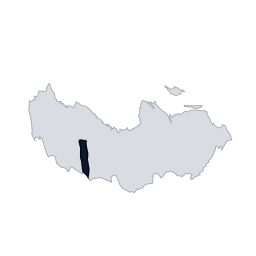 location of Sorsele, Västerbotten, Sweden, rotated 245°
{"feature_id": "70781695B2170511041252", "entity_name": "Sorsele", "entity_type": "district", "adm_level": 2, "iso_a3": "SWE", "parent_name": "Sweden", "parent_adm1": "Västerbotten", "projection": "equal_earth", "projection_center": [16.78, 65.694], "detail": "fine", "context": "in_parent", "style": "filled", "palette": "ink", "viewbox_px": 256, "rotation_deg": 245, "n_neighbors": 0, "source": "geoboundaries", "source_scale": "gbopen_adm2", "svg_char_len": 4967}
<svg xmlns="http://www.w3.org/2000/svg" viewBox="0 0 256 256"><g transform="rotate(245 128 128)"><path d="M57.1,164.0L58.0,165.8L60.1,165.6L61.0,164.3L62.1,160.5L60.9,156.2L62.8,154.8L64.0,152.4L66.8,151.8L70.6,149.1L71.1,146.3L72.0,144.3L69.0,138.3L68.8,136.8L73.6,136.0L75.8,132.1L72.6,129.5L67.6,127.1L69.6,119.7L67.6,115.6L68.0,113.9L67.7,111.4L69.0,110.3L66.7,106.5L69.2,104.0L68.9,102.6L76.0,97.5L80.6,96.6L89.1,97.3L91.2,95.3L91.3,94.2L90.5,91.7L85.8,90.2L91.1,85.7L95.2,81.3L96.1,77.1L97.1,75.3L96.2,71.3L101.6,70.9L106.5,69.2L105.9,67.0L116.6,60.4L116.9,59.2L116.1,58.1L113.6,56.1L114.3,55.2L117.2,54.7L118.6,53.8L120.7,50.8L126.5,48.4L132.9,50.0L135.6,47.3L135.4,43.7L137.7,43.3L154.8,45.6L157.6,44.2L154.7,43.5L157.5,42.1L158.4,41.2L158.6,40.2L158.5,39.6L156.1,38.3L161.5,38.1L164.4,38.7L164.7,39.5L176.4,43.8L185.6,45.5L188.3,46.7L189.3,48.1L190.8,48.1L192.5,49.4L194.3,50.1L192.9,51.0L193.1,53.0L193.6,54.0L192.7,55.7L195.8,56.2L196.3,57.2L194.8,58.3L195.0,59.5L199.1,63.3L198.1,64.5L197.9,66.0L196.2,67.1L196.0,68.3L196.4,69.8L197.0,70.6L198.7,71.1L201.7,75.2L198.8,75.5L196.6,74.9L191.5,75.4L190.2,76.0L186.2,74.4L184.0,75.3L182.4,74.5L181.2,75.9L181.0,77.7L179.1,77.5L179.8,78.3L177.3,78.5L177.1,78.8L177.7,79.3L176.9,79.8L173.5,80.0L173.0,80.6L174.1,81.3L174.0,81.8L171.8,81.1L173.4,82.5L173.7,83.5L169.1,87.4L170.7,88.4L172.1,90.7L173.5,91.7L172.9,92.7L168.1,95.3L165.3,99.2L159.2,101.8L155.9,102.5L153.8,104.3L151.3,103.8L151.3,104.8L149.7,104.2L148.4,105.8L146.1,107.2L143.7,107.0L143.4,107.2L144.1,107.6L141.3,108.0L140.5,109.5L138.4,109.9L138.0,110.4L140.2,110.5L139.7,111.7L137.3,112.3L136.4,113.0L135.3,113.0L135.6,112.4L133.9,112.5L133.4,111.8L133.1,112.0L134.2,113.9L133.4,114.7L135.0,115.5L130.5,117.5L127.8,116.7L127.5,117.3L128.1,119.0L130.4,120.3L129.0,121.2L127.5,125.2L128.5,127.6L125.4,127.1L125.7,128.0L124.7,129.1L125.1,130.7L124.8,131.7L125.5,132.6L125.1,133.1L125.6,137.5L126.4,139.4L126.1,140.9L127.4,141.7L130.1,141.9L130.9,143.2L134.3,142.4L136.7,144.9L141.4,147.1L141.1,148.4L144.1,149.5L145.8,151.4L146.5,152.9L146.3,153.9L141.7,156.6L138.2,158.4L134.6,159.5L134.8,159.9L136.6,160.1L141.0,158.8L142.2,159.9L139.9,160.5L139.4,162.0L138.4,163.0L128.6,166.5L127.4,167.7L123.0,169.4L115.2,169.3L114.0,169.7L120.8,170.4L122.4,171.7L119.1,172.6L120.5,175.7L119.7,176.5L119.7,180.0L118.5,180.1L118.0,181.5L118.6,185.0L119.1,186.0L118.9,187.1L117.0,189.5L117.6,192.3L115.5,197.6L113.1,200.7L111.2,204.8L109.1,206.3L106.7,205.3L103.1,205.9L96.5,205.7L95.6,206.1L96.1,207.6L93.7,207.4L89.5,210.6L89.3,212.2L91.0,215.2L88.9,217.1L84.4,216.7L78.5,217.9L73.2,216.9L73.9,215.9L74.4,211.9L68.6,203.8L71.4,204.6L72.5,204.2L70.9,201.6L73.3,201.4L74.1,200.5L73.7,199.0L71.7,198.3L70.0,195.9L68.3,194.7L65.2,190.0L64.1,186.8L63.0,187.1L62.2,183.4L60.5,182.9L60.2,179.2L58.4,178.8L57.3,177.1L57.2,173.9L55.1,173.5L55.4,172.0L54.9,166.4L54.3,164.7L54.9,163.4L56.1,163.3L57.1,164.0ZM148.0,181.2L147.1,181.5L146.5,182.5L144.9,183.0L144.7,186.3L146.1,187.5L144.7,188.1L143.7,189.8L141.0,190.9L140.0,192.0L139.4,193.6L137.1,194.5L138.7,192.1L136.5,189.4L137.1,188.4L136.9,185.2L141.6,181.2L143.8,180.8L144.8,181.2L145.2,180.2L145.9,180.0L148.0,181.2ZM117.6,203.8L116.4,204.5L116.1,203.5L116.2,199.7L118.9,195.1L120.0,194.8L123.3,188.7L123.6,188.3L124.7,188.7L123.9,189.2L123.9,190.3L121.9,193.5L121.4,195.7L120.6,196.2L117.6,203.8ZM149.0,179.9L148.8,180.8L147.6,180.1L148.7,179.1L151.0,179.3L149.0,179.9ZM143.2,157.0L141.7,158.4L141.4,157.8L141.7,157.2L143.2,157.0ZM139.9,164.1L139.2,164.2L139.7,163.3L140.7,163.1L139.9,164.1Z" fill="#d9dde1" stroke="#a8b0b8" stroke-width="1"/><path d="M106.2,68.8L106.3,68.8L106.3,69.1L106.4,69.3L106.4,69.5L106.2,69.6L105.7,69.8L104.9,70.0L103.4,70.5L102.9,70.6L102.5,70.7L102.1,70.9L101.7,71.0L101.1,71.1L100.6,71.1L101.2,71.5L101.8,71.9L102.5,72.4L103.7,73.1L104.5,73.5L105.4,74.1L105.9,74.5L106.9,74.9L107.9,75.3L108.9,75.6L110.4,76.0L112.1,76.5L114.7,77.2L115.9,77.5L117.4,78.0L117.8,78.3L118.4,78.7L118.9,79.0L119.4,79.3L120.4,79.9L121.5,80.4L122.7,80.9L123.7,81.1L124.7,81.3L125.5,81.5L126.4,81.7L127.3,81.9L128.7,82.3L129.8,82.6L131.1,83.1L131.7,83.2L132.0,83.4L132.4,83.6L132.7,83.9L133.2,84.1L133.5,84.2L133.6,84.4L134.0,84.5L134.3,84.3L133.9,84.1L134.1,83.7L134.3,83.6L134.5,83.1L135.1,82.6L135.5,82.2L135.9,81.9L136.3,81.1L136.8,80.5L137.1,79.8L137.3,79.4L137.0,78.9L137.1,78.6L136.9,78.5L136.4,78.3L135.9,77.9L135.7,77.8L135.3,77.7L135.0,77.8L134.6,77.8L134.3,77.7L133.9,77.5L133.4,77.5L133.1,77.5L132.7,77.3L132.2,77.2L131.6,77.2L131.3,77.1L130.8,77.0L130.4,76.9L129.9,76.7L129.3,76.5L128.0,75.9L127.0,75.4L125.8,74.8L123.5,73.7L122.4,73.3L121.4,72.8L120.7,72.6L120.1,72.4L119.6,72.4L118.8,72.3L118.2,72.3L117.8,72.1L117.2,72.0L116.6,71.8L116.0,71.6L115.3,71.4L114.6,71.1L113.9,70.8L113.0,70.6L112.5,70.4L112.0,70.2L111.4,70.0L110.9,69.8L110.1,69.6L109.3,69.3L108.8,69.2L108.2,69.1L107.7,69.0L107.1,68.9L106.8,68.9L106.4,68.8L106.2,68.8Z" fill="#0f172a" stroke="#020617" stroke-width="1.5"/></g></svg>